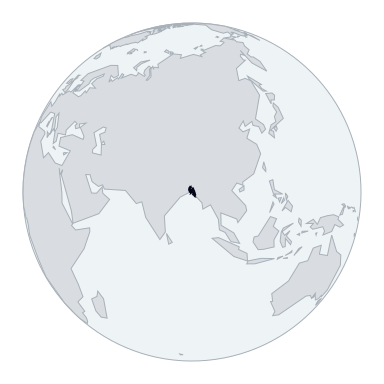 globe centered on Chittagong, rotated 349°
{"feature_id": "BGD-2476", "entity_name": "Chittagong", "entity_type": "Division", "adm_level": 1, "iso_a3": "BGD", "parent_name": "Bangladesh", "parent_adm1": "", "projection": "orthographic", "projection_center": [91.588, 22.498], "detail": "fine", "context": "on_globe", "style": "filled", "palette": "ink", "viewbox_px": 384, "rotation_deg": 349, "n_neighbors": 0, "source": "natural_earth", "source_scale": "10m", "svg_char_len": 13051}
<svg xmlns="http://www.w3.org/2000/svg" viewBox="0 0 384 384"><g transform="rotate(349 192 192)"><circle cx="192" cy="192" r="169" fill="#eef3f6" stroke="#a8b0b8"/><path d="M256.8,35.9L262.2,39.3L269.4,43.1L263.8,40.6L280.8,50.2L287.6,56.2L276.8,48.0L273.2,46.1L276.3,49.1L273.3,48.0L273.0,48.9L269.2,47.4L263.2,43.3L260.6,42.4L262.9,44.7L260.5,45.0L257.5,41.7L253.0,42.1L242.1,36.4L237.3,30.8L228.1,28.3L214.7,24.6L212.8,24.5L206.5,23.7L201.9,23.4L200.8,23.3L215.1,24.6L229.3,27.2L243.2,31.0L256.8,35.9ZM200.7,23.3L198.1,23.2L200.1,23.4L199.6,23.6L197.0,23.6L195.1,23.3L196.1,23.2L194.2,23.2L194.3,23.1L192.8,23.1L191.1,23.0L200.7,23.3ZM190.6,23.0L189.1,23.2L184.3,23.3L184.0,23.2L190.6,23.0ZM275.2,46.4L273.2,44.9L276.2,46.8L275.2,46.4ZM273.7,49.3L275.2,50.3L274.4,50.4L273.7,49.3ZM267.8,48.4L266.1,48.6L266.8,47.6L267.8,48.4ZM264.5,48.3L260.4,49.4L263.4,51.3L252.6,46.9L259.6,47.2L260.0,45.5L261.9,47.3L264.5,48.3ZM201.8,23.5L199.6,23.3L203.7,23.6L201.8,23.5ZM204.6,23.7L218.0,25.3L220.0,26.0L215.1,25.1L219.5,26.4L213.9,25.9L210.2,25.1L210.0,24.7L207.9,24.9L204.6,23.7ZM247.3,44.6L245.4,44.4L246.3,43.9L247.3,44.6ZM199.7,23.7L202.2,23.8L204.1,24.3L199.4,24.3L200.3,24.1L199.7,23.7ZM223.5,27.1L224.0,27.7L219.6,27.4L219.2,27.7L213.9,26.0L223.5,27.1ZM198.6,24.0L196.9,24.3L193.7,24.1L197.3,23.7L198.6,24.0ZM206.6,24.6L207.3,24.9L205.4,24.7L206.6,24.6ZM181.5,24.2L184.5,24.0L185.7,24.2L181.5,24.2ZM196.5,24.4L197.6,24.5L198.4,24.6L196.7,24.8L196.5,24.4ZM211.1,26.0L209.2,25.9L213.1,26.7L209.9,26.8L206.9,25.7L206.9,26.2L205.9,26.3L204.6,25.4L211.1,26.0ZM197.4,25.6L192.6,24.7L186.7,24.9L185.4,24.6L195.1,24.5L197.4,25.6ZM201.8,25.5L198.8,25.5L198.7,25.0L200.7,24.8L201.8,25.5ZM208.9,27.3L214.5,27.4L214.9,27.7L208.9,27.3ZM195.8,25.7L197.0,25.9L195.3,25.7L195.8,25.7ZM204.8,26.8L206.8,26.7L207.2,27.0L204.8,26.8ZM197.8,26.6L196.2,26.2L197.5,26.0L197.8,26.6ZM201.0,26.7L201.2,27.1L198.9,26.1L201.8,26.6L201.0,26.7ZM205.0,27.1L205.9,27.2L204.1,27.1L205.0,27.1ZM193.8,27.9L190.6,26.6L193.4,26.0L196.2,27.3L193.8,27.9ZM48.3,103.2L56.1,93.9L54.2,98.6L59.0,104.4L58.7,106.8L53.2,113.4L52.8,130.1L58.6,125.9L63.2,137.4L69.4,141.2L80.4,128.3L70.2,121.6L73.4,113.5L85.5,112.9L95.1,119.6L96.6,116.7L94.7,107.3L101.1,104.1L94.5,103.8L94.0,107.4L89.9,107.6L90.0,104.3L92.3,103.1L90.6,100.3L80.3,107.3L78.7,111.8L71.7,108.8L68.4,116.2L65.0,117.9L69.2,106.2L72.0,103.0L76.5,89.2L72.9,92.2L68.5,105.7L68.0,103.7L63.1,108.7L66.4,103.4L72.2,88.7L68.6,86.6L56.8,95.4L56.2,94.0L59.1,88.9L70.7,76.5L70.7,81.1L74.8,77.5L81.1,70.2L80.5,72.4L83.1,70.2L83.7,72.0L90.7,69.3L92.2,70.8L100.9,65.2L102.9,65.4L97.2,68.5L94.0,71.9L98.6,76.7L101.2,76.3L106.5,72.4L107.1,74.5L111.6,70.2L117.1,71.7L114.2,66.5L120.4,62.6L126.9,61.4L128.4,59.4L117.7,61.5L113.9,63.3L111.5,66.2L100.7,71.3L97.8,70.8L107.2,62.5L104.2,61.2L112.7,56.0L136.4,52.2L143.3,53.6L142.0,63.6L137.0,65.1L134.9,62.1L131.3,68.4L134.2,66.2L134.7,68.2L140.7,65.6L141.4,67.0L146.0,62.5L147.5,63.9L144.5,66.7L154.6,64.8L159.2,67.4L161.2,66.3L162.0,64.5L167.3,69.4L168.5,68.4L167.3,66.4L168.9,63.4L173.8,60.2L175.4,62.0L173.8,63.4L172.9,69.5L168.4,73.4L169.6,73.9L173.8,71.0L175.0,63.5L177.5,61.1L177.7,64.4L177.8,63.0L179.5,62.4L182.7,63.7L182.9,60.1L200.0,52.9L207.8,55.2L206.1,58.6L219.7,57.2L227.5,61.0L226.3,59.0L232.0,57.6L229.7,56.4L229.5,55.4L243.1,52.7L247.5,53.9L252.0,51.5L251.4,50.6L248.4,49.5L252.6,46.9L263.4,51.3L264.3,53.0L270.5,55.0L271.5,58.8L275.2,63.3L272.6,67.0L275.8,70.7L277.9,71.1L283.7,76.8L288.5,87.7L275.5,76.8L266.4,62.2L269.3,67.7L265.9,66.1L265.3,67.9L267.6,72.1L269.5,72.8L259.2,79.2L259.2,91.6L265.8,90.6L271.0,94.1L276.8,109.8L268.2,132.4L275.1,139.4L276.2,144.3L271.8,147.6L270.0,140.5L264.6,138.3L264.3,134.1L256.7,137.8L255.9,132.0L250.3,138.2L253.6,142.7L260.6,141.2L256.1,149.7L264.6,157.5L266.7,167.5L256.1,185.9L243.7,191.9L243.2,195.1L237.7,191.7L231.3,198.2L242.1,215.6L242.1,220.8L231.2,230.8L230.8,227.0L216.3,218.0L214.2,230.2L225.2,240.1L229.0,251.5L220.7,248.1L216.8,238.0L211.7,234.4L212.7,223.9L207.7,208.1L199.4,210.9L199.7,204.6L191.5,191.2L179.4,194.8L160.3,210.2L158.2,226.2L151.4,232.5L141.7,208.1L140.9,192.1L135.1,192.7L127.0,177.8L106.5,172.4L105.6,167.9L101.3,168.7L95.9,162.8L95.2,155.5L91.0,154.6L93.2,173.8L98.0,175.0L104.7,169.9L104.2,176.3L109.7,183.6L96.4,195.5L69.3,200.0L70.0,187.6L67.0,149.7L69.0,146.5L69.1,146.1L69.3,145.3L65.5,150.2L66.2,143.0L64.1,168.1L62.3,178.1L68.8,200.5L67.4,201.9L70.5,207.1L84.7,207.6L84.1,211.5L75.3,227.0L58.6,244.1L62.8,261.0L65.0,274.0L59.0,278.1L64.0,288.7L61.5,289.7L64.3,295.2L64.9,299.1L64.1,301.1L58.1,295.1L54.2,289.7L45.8,276.6L32.6,247.6L30.4,237.8L28.4,228.2L24.4,203.1L25.0,192.8L24.8,186.8L24.0,185.2L24.2,178.0L24.1,176.2L24.0,174.0L25.8,161.5L28.5,149.2L32.2,137.2L36.7,125.5L42.1,114.1L48.3,103.2ZM46.4,106.6L44.7,109.3L46.4,106.6ZM101.7,134.6L109.8,138.4L112.2,128.0L115.5,128.8L115.1,125.2L112.3,127.3L112.3,117.8L117.9,116.7L120.0,112.7L117.4,111.3L107.1,115.0L107.1,128.3L102.7,131.2L101.7,134.6ZM96.6,58.0L94.8,60.1L91.6,61.9L89.7,61.3L94.3,58.4L96.6,58.0ZM93.0,62.7L102.8,55.5L104.3,56.0L101.8,56.8L101.9,57.9L97.8,59.7L89.7,67.8L86.3,70.1L84.6,66.8L87.1,66.4L88.7,64.3L93.0,62.7ZM125.0,40.1L129.2,38.2L127.2,41.7L123.4,43.2L121.3,42.3L124.4,40.0L125.0,40.1ZM177.2,23.7L179.0,23.5L179.5,23.5L178.5,23.6L177.2,23.7ZM167.3,24.9L168.3,24.7L168.0,24.8L174.3,24.0L175.6,23.9L182.6,23.5L192.3,23.3L193.6,23.6L192.0,24.0L189.9,24.1L189.7,23.7L187.0,24.1L185.1,23.8L182.8,24.1L170.1,24.7L171.4,24.4L162.3,25.7L167.3,24.9ZM142.2,30.5L147.1,29.1L155.0,27.4L156.7,27.8L159.3,26.9L160.9,27.0L158.2,27.6L163.4,26.7L163.9,27.0L171.0,26.8L178.1,25.9L180.9,26.0L178.4,26.5L182.9,26.4L180.0,27.6L181.9,27.8L181.0,29.5L175.0,30.8L177.6,31.0L177.0,32.6L172.2,34.0L172.9,32.5L167.2,35.4L165.2,34.1L164.7,34.5L161.3,34.3L156.3,34.9L156.1,34.2L154.2,34.8L151.9,34.8L149.3,35.5L148.1,34.6L144.7,35.4L146.1,34.5L140.6,36.2L144.1,34.6L141.5,34.9L139.5,36.3L139.4,32.2L136.6,32.5L132.4,33.9L134.9,33.0L142.2,30.5ZM193.3,28.4L186.7,29.6L182.3,29.8L185.8,26.9L184.4,26.5L186.5,25.1L192.7,25.1L191.6,25.4L191.9,25.8L189.8,25.7L191.7,26.1L190.2,26.7L191.3,27.2L188.8,27.4L193.3,28.4ZM61.5,105.3L61.9,106.5L63.2,107.6L60.1,111.0L61.5,105.3ZM65.2,95.3L66.0,95.6L62.3,100.4L61.9,99.4L65.2,95.3ZM69.6,91.9L66.3,95.3L67.9,92.8L69.6,91.9ZM98.2,68.8L99.5,69.2L98.4,70.2L96.2,71.2L98.2,68.8ZM154.9,44.0L155.9,42.6L157.0,42.6L162.0,40.2L163.9,41.2L161.6,43.0L154.9,44.0ZM76.9,129.6L73.2,131.2L73.1,129.2L74.4,129.0L76.9,129.6ZM64.9,120.7L66.1,124.5L64.0,121.5L64.9,120.7ZM157.7,44.6L159.5,43.5L159.3,44.7L157.7,44.6ZM165.5,41.9L165.7,43.1L164.7,41.1L165.5,41.9ZM149.0,348.6L152.3,350.0L149.6,349.7L149.0,348.6ZM84.8,280.0L84.6,299.6L79.0,297.5L75.0,290.5L73.1,277.8L78.7,276.4L80.6,271.3L84.8,280.0ZM268.6,274.5L273.2,274.6L272.9,275.3L268.6,274.5ZM263.9,272.7L269.2,272.3L262.9,274.3L263.9,272.7ZM271.3,272.1L276.6,270.1L278.9,268.7L278.5,270.2L271.3,272.1ZM260.3,273.1L240.1,274.5L232.0,273.0L234.0,270.3L247.1,270.3L260.3,273.1ZM233.3,270.3L220.8,263.3L202.9,241.3L209.3,241.8L227.9,254.9L226.7,257.2L234.3,262.8L233.3,270.3ZM263.3,254.6L262.1,261.6L251.0,261.9L245.9,261.2L242.4,252.6L244.4,248.0L248.6,247.8L264.3,231.1L269.9,234.3L265.2,241.3L269.8,246.9L263.3,254.6ZM159.0,227.8L163.0,237.7L159.2,238.8L159.0,227.8ZM270.2,219.5L264.2,227.0L269.6,217.2L270.2,219.5ZM273.2,210.4L273.8,213.9L271.0,210.8L273.2,210.4ZM243.5,200.0L239.0,201.1L238.7,198.5L244.2,195.8L243.5,200.0ZM268.2,176.0L268.9,183.4L268.3,186.0L265.9,181.7L268.2,176.0ZM176.0,54.5L167.0,56.4L161.8,59.0L160.8,62.3L158.4,58.8L166.5,54.6L176.0,54.5ZM196.8,52.8L197.7,50.3L199.9,51.2L200.0,51.9L196.8,52.8ZM195.5,51.4L191.8,49.0L194.0,47.5L196.5,49.7L195.5,51.4ZM174.4,45.9L171.6,46.3L171.9,45.2L174.4,45.9ZM291.6,326.8L294.5,323.2L298.8,321.0L294.5,325.0L291.6,326.8ZM284.1,315.9L253.6,329.1L247.6,328.8L250.6,325.1L248.2,314.6L250.3,314.7L250.9,307.0L269.8,297.7L283.8,282.3L292.6,281.5L300.3,270.2L308.7,268.9L305.2,277.4L312.8,280.2L320.9,260.9L322.6,278.0L326.1,282.2L323.6,292.3L306.3,313.8L299.1,319.3L299.1,318.3L295.8,320.8L292.5,321.5L293.3,316.8L290.0,319.3L294.4,314.3L289.0,319.2L288.5,316.2L284.1,315.9ZM343.3,264.0L343.7,263.8L343.5,265.8L342.8,266.3L343.3,264.0ZM349.4,250.2L349.4,251.0L349.1,251.7L349.4,250.2ZM349.3,250.1L350.1,247.8L349.6,249.7L349.3,250.1ZM348.1,242.9L348.6,241.6L348.7,242.2L348.1,242.9ZM279.8,273.8L286.3,267.7L289.7,266.7L279.8,273.8ZM347.7,241.3L346.5,242.0L346.7,240.9L347.7,241.3ZM348.0,238.9L348.1,237.5L348.4,240.4L348.0,238.9ZM346.0,237.2L347.3,238.8L345.8,237.6L346.0,237.2ZM345.0,238.1L343.9,237.6L344.1,237.1L345.0,238.1ZM330.1,246.7L334.5,253.3L330.4,254.7L326.0,251.2L321.6,257.4L312.3,259.2L314.7,255.6L313.7,251.1L303.4,251.6L301.4,248.9L305.2,246.0L298.2,244.8L305.9,241.9L308.9,247.7L313.2,241.7L320.2,241.1L326.6,241.3L331.4,244.4L330.1,246.7ZM305.5,256.1L306.8,255.8L305.6,258.0L305.5,256.1ZM341.8,235.3L343.4,237.5L343.2,238.4L342.3,238.3L341.8,235.3ZM332.6,242.9L337.9,235.6L339.0,235.2L335.4,242.6L332.6,242.9ZM336.8,232.7L339.0,232.5L340.1,234.9L339.6,236.0L336.8,232.7ZM289.8,253.1L289.4,255.0L287.3,253.9L289.8,253.1ZM292.5,251.6L298.7,252.5L291.9,253.2L292.5,251.6ZM272.9,248.1L274.8,252.2L280.9,248.6L276.2,253.2L280.2,259.6L278.7,262.5L274.8,255.4L273.1,263.4L270.4,263.6L269.1,257.1L271.9,248.5L274.7,244.8L285.6,241.9L272.9,248.1ZM292.5,246.4L290.8,241.7L292.1,238.1L293.9,240.5L292.5,246.4ZM285.6,230.3L280.8,225.0L276.7,227.8L284.7,218.5L288.0,225.0L285.6,230.3ZM281.1,217.9L277.3,220.4L281.0,215.1L281.1,217.9ZM276.1,218.5L275.4,214.5L278.6,214.6L276.1,218.5ZM283.1,217.8L283.4,210.7L285.2,214.6L283.1,217.8ZM273.3,205.4L280.6,211.3L271.6,209.5L270.0,196.0L273.7,195.3L273.3,205.4ZM286.1,148.4L284.5,144.8L287.5,143.5L287.7,146.3L286.1,148.4ZM295.7,137.1L287.7,142.0L281.0,146.4L283.7,147.9L283.3,154.5L278.6,149.0L282.4,141.2L287.7,139.1L287.3,133.7L290.4,129.5L287.8,123.2L288.8,120.1L292.8,125.4L295.7,137.1ZM286.5,120.6L283.1,109.4L289.4,110.1L291.5,112.7L290.4,117.4L287.2,116.7L286.5,120.6ZM284.2,107.1L281.0,106.5L269.5,91.6L268.6,88.8L280.6,99.7L278.3,99.8L280.1,103.6L284.2,107.1ZM246.7,45.4L245.5,44.5L247.5,45.1L246.7,45.4ZM228.1,54.7L228.2,53.5L230.5,54.0L228.1,54.7ZM229.8,50.5L227.2,50.7L229.3,49.7L229.8,50.5ZM221.5,51.5L225.9,50.4L222.6,52.6L221.5,51.5Z" fill="#d9dde1" stroke="#a8b0b8" stroke-width="1"/><path d="M194.8,195.2L194.9,195.5L194.7,195.7L194.6,195.3L194.4,195.3L194.2,195.3L194.1,195.1L193.9,195.2L193.7,195.2L193.7,195.4L193.6,195.5L193.6,195.9L193.7,196.0L193.8,196.1L193.8,196.5L194.0,196.8L194.1,197.1L193.9,197.0L193.7,196.6L193.7,196.4L193.4,196.1L193.3,195.9L193.3,195.7L193.1,195.3L193.0,195.2L193.1,194.9L193.2,195.0L193.1,194.9L193.2,194.6L193.2,194.4L193.2,194.5L193.1,194.3L193.0,194.2L192.9,194.1L192.9,193.9L193.0,193.8L192.9,193.8L192.8,193.6L192.8,193.4L192.7,193.1L192.8,193.1L192.7,193.0L192.6,192.9L192.7,192.7L192.8,192.5L192.8,192.4L192.9,192.2L192.8,192.4L192.7,192.5L192.6,192.8L192.5,192.7L192.5,192.4L192.4,192.3L192.2,191.9L191.9,191.4L191.7,191.2L191.7,190.9L191.7,191.0L191.4,191.2L191.4,191.3L191.2,191.3L191.3,191.3L191.2,191.4L190.9,191.3L191.1,191.5L191.1,191.8L190.7,191.9L190.6,191.7L190.5,191.4L190.4,191.5L190.5,191.5L190.4,191.8L190.2,191.7L190.1,191.4L189.9,191.3L189.8,191.2L189.7,191.0L189.7,190.9L189.6,190.7L189.4,190.4L189.4,190.1L189.4,189.9L189.5,189.8L189.5,189.7L189.4,189.6L189.3,189.4L189.3,189.2L189.6,189.1L189.6,188.9L189.7,188.7L189.8,188.7L189.7,188.6L189.7,188.4L189.8,188.1L189.8,187.9L190.0,187.9L190.1,188.0L190.2,187.9L190.3,187.8L190.3,187.7L190.4,187.4L190.5,187.4L190.5,187.2L190.4,187.1L190.5,187.0L190.6,186.9L190.6,187.0L190.7,186.9L190.8,186.8L191.1,186.9L191.3,186.8L191.2,187.0L191.3,187.0L191.2,187.1L191.2,187.4L191.3,187.5L191.2,187.6L191.0,187.8L191.0,188.0L190.9,188.3L190.8,188.5L190.9,188.9L190.9,189.1L191.0,189.1L191.1,189.4L191.2,189.5L191.2,190.1L191.3,190.2L191.3,190.3L191.4,190.2L191.4,189.9L191.4,189.7L191.5,189.7L191.5,189.8L191.7,190.0L191.8,190.4L191.8,190.5L192.0,190.6L192.3,190.6L192.4,190.4L192.5,190.4L192.5,190.1L192.5,189.9L192.4,189.8L192.4,189.7L192.5,189.6L192.6,189.3L192.8,189.2L193.0,189.1L193.0,188.9L192.9,188.6L192.9,188.4L193.1,188.6L193.3,188.6L193.4,188.4L193.5,188.4L193.6,188.6L193.7,188.4L193.8,188.4L193.8,188.5L193.9,189.1L194.0,189.3L194.1,189.5L194.0,189.8L194.0,190.0L194.1,190.4L194.1,190.6L194.1,190.8L194.3,190.9L194.3,191.2L194.4,191.3L194.5,191.4L194.5,191.6L194.5,191.8L194.7,193.0L194.7,193.3L194.8,193.8L194.7,194.2L194.8,195.0L194.8,195.2ZM190.8,192.4L190.8,192.5L190.9,192.8L190.8,193.0L190.7,193.1L190.4,193.2L190.5,193.0L190.6,192.9L190.6,192.3L190.8,192.4ZM193.0,194.1L193.0,194.3L193.1,194.5L193.0,194.9L192.8,194.9L192.9,195.0L192.7,194.9L192.8,194.8L192.8,194.7L192.7,194.4L192.8,194.2L192.9,194.3L192.9,194.2L193.0,194.1ZM191.7,191.7L191.9,192.1L191.9,192.3L191.7,192.2L191.6,191.9L191.7,191.7ZM192.8,193.9L192.8,194.0L192.7,194.2L192.7,194.3L192.6,194.2L192.7,193.8L192.7,193.7L192.8,193.7L192.8,193.9ZM190.7,192.0L190.9,191.9L191.0,192.0L190.9,192.1L190.7,192.1L190.7,192.0Z" fill="#0f172a" stroke="#020617" stroke-width="1.5"/></g></svg>